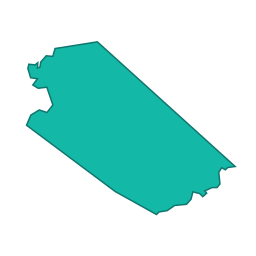 Trinity, Texas, United States of America, rotated 81°
{"feature_id": "52423323B67589001499387", "entity_name": "Trinity", "entity_type": "district", "adm_level": 2, "iso_a3": "USA", "parent_name": "United States of America", "parent_adm1": "Texas", "projection": "orthographic", "projection_center": [-95.135, 31.106], "detail": "fine", "context": "isolated", "style": "filled", "palette": "teal", "viewbox_px": 256, "rotation_deg": 81, "n_neighbors": 0, "source": "geoboundaries", "source_scale": "gbopen_adm2", "svg_char_len": 639}
<svg xmlns="http://www.w3.org/2000/svg" viewBox="0 0 256 256"><g transform="rotate(81 128 128)"><path d="M38.1,144.8L38.1,187.6L45.5,191.1L43.9,197.5L49.1,203.8L54.2,205.5L54.5,208.0L49.4,206.9L51.1,209.8L49.5,216.0L53.6,217.6L63.1,216.3L65.2,209.7L70.6,215.3L74.7,210.5L75.0,201.8L93.5,198.6L100.0,205.6L96.3,212.8L100.0,221.9L109.4,227.8L188.7,150.6L217.9,113.4L215.8,110.5L215.7,102.1L211.8,94.1L212.5,82.1L208.2,76.9L201.2,73.9L204.1,67.3L207.5,64.9L204.7,60.5L202.1,62.0L200.0,54.3L200.8,49.4L197.6,45.9L186.0,45.3L181.9,41.7L184.5,38.4L182.6,35.6L182.8,28.2L38.1,144.8Z" fill="#14b8a6" stroke="#0f766e" stroke-width="1.5"/></g></svg>